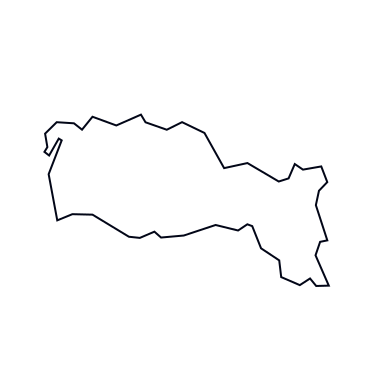 the District of Nicosia, rotated 196°
{"feature_id": "CYP-3464", "entity_name": "Nicosia", "entity_type": "District", "adm_level": 1, "iso_a3": "CYP", "parent_name": "Cyprus", "parent_adm1": "", "projection": "orthographic", "projection_center": [33.02, 35.04], "detail": "coarse", "context": "isolated", "style": "outline", "palette": "ink", "viewbox_px": 384, "rotation_deg": 196, "n_neighbors": 0, "source": "natural_earth", "source_scale": "10m", "svg_char_len": 752}
<svg xmlns="http://www.w3.org/2000/svg" viewBox="0 0 384 384"><g transform="rotate(196 192 192)"><path d="M313.7,127.6L334.7,169.6L331.5,205.7L334.8,206.6L339.4,187.7L344.9,189.9L343.4,195.3L349.3,207.6L341.3,221.8L324.4,225.5L314.9,221.6L308.4,236.9L283.1,235.1L262.4,252.3L255.9,246.2L233.4,244.9L220.8,256.4L196.3,252.2L167.7,223.8L146.7,235.1L111.5,226.0L102.9,231.7L100.9,247.2L91.5,244.1L74.8,252.2L64.7,238.8L70.3,228.2L69.3,213.5L48.6,182.8L55.1,179.4L55.8,165.2L34.7,139.7L46.7,135.9L54.7,141.4L62.7,132.2L82.8,134.8L89.3,150.3L110.1,156.9L124.7,175.8L129.9,176.2L137.1,167.7L160.2,166.8L187.9,147.9L209.2,139.7L217.2,143.5L229.5,133.5L240.3,131.6L281.4,142.8L300.9,137.7L313.7,127.6Z" fill="none" stroke="#020617" stroke-width="2"/></g></svg>